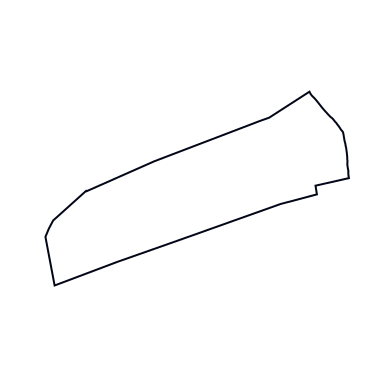 Sidi Barani, Matruh, Egypt, rotated 68°
{"feature_id": "37247803B34514127980105", "entity_name": "Sidi Barani", "entity_type": "district", "adm_level": 2, "iso_a3": "EGY", "parent_name": "Egypt", "parent_adm1": "Matruh", "projection": "mercator", "projection_center": [25.953, 30.453], "detail": "fine", "context": "isolated", "style": "outline", "palette": "ink", "viewbox_px": 384, "rotation_deg": 68, "n_neighbors": 0, "source": "geoboundaries", "source_scale": "gbopen_adm2", "svg_char_len": 1199}
<svg xmlns="http://www.w3.org/2000/svg" viewBox="0 0 384 384"><g transform="rotate(68 192 192)"><path d="M237.9,41.3L234.8,40.6L233.3,40.1L232.6,39.8L231.9,39.5L231.7,39.5L230.7,39.0L229.9,38.9L229.1,38.8L228.4,38.6L227.4,38.4L227.1,38.3L226.4,38.1L226.2,38.1L224.4,37.6L223.5,37.1L222.7,36.8L221.4,36.2L221.1,36.1L219.5,35.7L218.3,35.2L217.3,34.8L216.9,34.7L216.4,34.6L215.4,34.3L214.9,34.2L214.5,34.0L213.7,33.8L212.6,33.5L212.3,33.4L212.2,33.4L210.8,33.1L209.7,32.8L209.1,32.6L208.6,32.5L208.2,32.4L207.8,32.4L207.5,32.4L207.2,32.3L206.8,32.3L206.7,32.3L206.5,32.2L206.1,32.1L205.0,31.8L204.5,31.7L204.2,31.7L203.4,31.6L202.6,31.5L201.2,31.3L200.0,31.0L198.6,30.7L197.2,30.4L195.7,30.0L194.8,29.9L193.4,29.6L192.4,29.7L190.2,30.5L188.3,30.8L185.6,31.4L183.7,32.0L181.8,32.4L180.8,32.9L177.3,33.9L175.6,34.6L174.6,35.3L171.7,36.5L166.3,38.5L162.8,39.7L159.7,40.6L157.6,41.2L154.6,42.1L151.8,43.0L150.3,43.6L148.9,44.2L147.5,44.8L145.9,45.2L145.0,45.4L143.0,45.5L152.0,92.6L151.6,101.5L149.4,215.3L151.8,289.6L151.3,289.8L166.4,331.4L172.3,338.4L178.7,344.7L227.2,354.4L228.8,287.6L232.0,217.1L236.3,114.4L241.0,77.1L232.4,75.1L237.9,41.3Z" fill="none" stroke="#020617" stroke-width="2"/></g></svg>